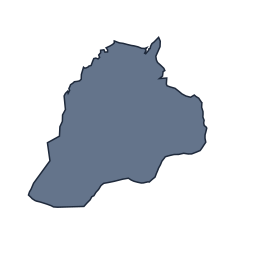 Pyrga Larnakas, Larnaca, Cyprus, rotated 15°
{"feature_id": "46923920B28061870845147", "entity_name": "Pyrga Larnakas", "entity_type": "district", "adm_level": 2, "iso_a3": "CYP", "parent_name": "Cyprus", "parent_adm1": "Larnaca", "projection": "equal_earth", "projection_center": [33.443, 34.902], "detail": "fine", "context": "isolated", "style": "filled", "palette": "slate", "viewbox_px": 256, "rotation_deg": 15, "n_neighbors": 0, "source": "geoboundaries", "source_scale": "gbopen_adm2", "svg_char_len": 1972}
<svg xmlns="http://www.w3.org/2000/svg" viewBox="0 0 256 256"><g transform="rotate(15 128 128)"><path d="M134.1,32.5L130.9,38.2L129.3,40.3L128.7,43.1L128.8,45.6L127.8,46.0L127.8,47.7L127.0,49.3L125.9,51.7L124.7,51.5L125.0,50.1L125.4,48.7L124.6,47.9L125.4,45.5L123.7,46.8L120.5,47.5L116.6,47.0L112.4,47.1L109.9,47.4L105.9,47.5L101.4,47.5L97.6,48.0L92.2,47.5L92.7,49.4L91.5,51.3L89.0,53.8L86.1,56.2L88.1,57.8L88.6,59.8L86.1,60.7L84.5,58.7L81.4,60.0L82.1,62.4L80.8,65.1L82.3,67.1L81.2,69.0L78.8,68.8L77.0,69.8L76.6,72.7L76.2,77.1L74.0,78.5L73.6,79.5L72.1,80.7L70.7,81.4L69.3,80.8L69.1,88.4L70.2,93.0L69.0,95.0L66.9,96.1L64.2,97.2L63.4,98.6L61.3,101.1L61.1,103.1L60.7,105.2L61.9,106.8L61.2,109.9L60.2,108.0L58.6,110.8L58.0,113.6L62.8,126.4L61.4,132.3L62.9,138.6L61.9,144.4L63.9,153.6L54.0,163.1L61.1,179.9L59.0,185.3L51.1,205.8L50.2,212.3L49.4,215.0L49.2,218.5L51.7,219.8L53.8,221.1L56.9,222.1L58.6,222.3L62.5,222.2L67.1,222.4L69.2,222.5L73.8,222.9L76.4,223.5L76.5,223.5L80.5,222.7L105.0,215.4L105.7,215.2L107.9,210.9L110.0,207.2L110.8,203.8L112.6,202.2L113.6,198.6L115.5,194.9L116.8,190.5L118.9,187.7L123.4,185.6L128.4,183.1L136.3,178.7L141.4,176.4L144.5,177.4L147.5,177.9L151.4,177.9L155.1,177.7L157.2,177.0L159.4,175.8L161.3,174.8L162.5,174.7L164.8,171.2L166.8,168.5L167.2,164.5L167.6,161.8L167.9,158.8L168.8,155.2L169.1,153.1L169.3,151.4L171.5,146.1L175.2,143.9L179.3,141.7L183.8,140.4L188.3,138.0L192.9,137.5L196.3,136.5L200.4,133.5L203.5,131.1L204.6,128.3L205.6,125.2L206.8,121.6L205.0,117.9L204.2,114.7L204.2,111.7L204.1,107.7L203.0,106.7L201.0,105.9L199.8,103.6L199.5,100.8L197.5,98.1L196.9,95.2L196.2,92.8L193.8,89.0L192.8,84.4L192.6,84.4L188.6,80.9L185.3,79.9L183.5,79.0L180.5,82.1L175.6,82.1L171.3,81.1L167.6,79.4L163.2,77.5L157.8,77.4L154.8,77.1L153.7,75.7L152.5,69.7L145.6,72.1L147.9,68.9L147.3,64.4L148.7,63.0L147.2,61.1L143.4,59.0L139.6,57.1L137.9,55.1L136.3,51.5L137.9,41.2L136.7,35.8L134.1,32.5Z" fill="#64748b" stroke="#1e293b" stroke-width="1.5"/></g></svg>